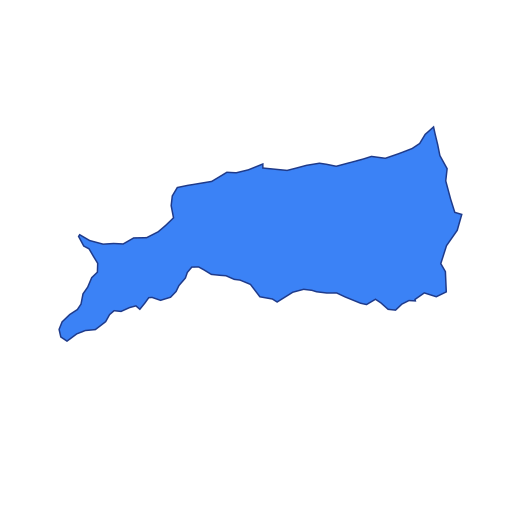 the district of Limnatis, Limassol, Cyprus, rotated 75°
{"feature_id": "46923920B10034755231280", "entity_name": "Limnatis", "entity_type": "district", "adm_level": 2, "iso_a3": "CYP", "parent_name": "Cyprus", "parent_adm1": "Limassol", "projection": "robinson", "projection_center": [32.947, 34.792], "detail": "fine", "context": "isolated", "style": "filled", "palette": "blue", "viewbox_px": 512, "rotation_deg": 75, "n_neighbors": 0, "source": "geoboundaries", "source_scale": "gbopen_adm2", "svg_char_len": 1566}
<svg xmlns="http://www.w3.org/2000/svg" viewBox="0 0 512 512"><g transform="rotate(75 256 256)"><path d="M177.3,51.1L182.3,61.1L189.7,68.8L192.6,77.4L194.1,91.6L195.1,105.8L189.7,118.7L190.1,127.3L190.1,142.7L190.1,155.3L185.7,164.1L182.8,170.7L181.5,183.8L181.5,194.6L181.4,203.8L177.9,213.1L172.8,226.6L168.9,225.6L170.8,241.1L170.5,253.6L167.6,262.5L172.5,279.5L170.1,303.9L169.5,314.3L176.3,321.3L185.4,324.9L197.8,325.8L202.9,335.0L207.3,344.2L210.0,356.9L206.9,369.5L210.0,381.2L207.1,390.2L205.0,400.6L198.0,412.7L189.8,420.8L191.2,422.3L201.8,419.8L205.9,415.4L214.3,413.1L222.1,410.8L230.6,413.4L234.4,420.3L242.5,426.6L247.8,432.9L257.2,437.5L261.5,442.4L264.3,451.0L269.4,460.3L275.8,465.1L276.1,465.2L283.7,465.5L289.3,460.6L284.8,449.2L283.8,440.2L285.5,430.2L280.5,418.2L274.7,412.6L272.1,407.2L274.3,401.5L274.6,400.7L273.1,391.5L273.1,384.9L277.4,382.0L272.6,375.4L268.5,370.4L269.1,367.1L274.1,359.7L273.7,349.2L269.6,342.4L264.6,338.1L259.0,329.9L254.1,326.6L250.1,320.9L251.7,314.3L255.9,309.9L262.2,303.9L265.6,295.0L267.3,290.1L272.9,283.1L275.1,277.7L282.0,268.7L296.4,262.8L301.8,251.3L305.9,247.5L300.5,229.8L300.5,218.6L303.6,210.9L306.2,206.8L310.1,197.1L312.6,187.6L318.6,180.5L328.7,167.2L331.5,161.8L328.7,151.8L333.6,147.5L341.7,142.2L344.4,135.2L340.2,127.5L338.6,119.8L340.6,113.7L339.1,113.7L335.2,103.0L342.0,92.4L339.9,81.5L320.1,77.1L311.2,79.5L295.3,69.3L283.3,55.0L269.1,46.5L265.3,52.7L251.4,53.3L232.6,53.3L221.1,48.8L206.6,52.4L195.7,51.7L183.8,51.4L177.3,51.1Z" fill="#3b82f6" stroke="#1e3a8a" stroke-width="1.5"/></g></svg>